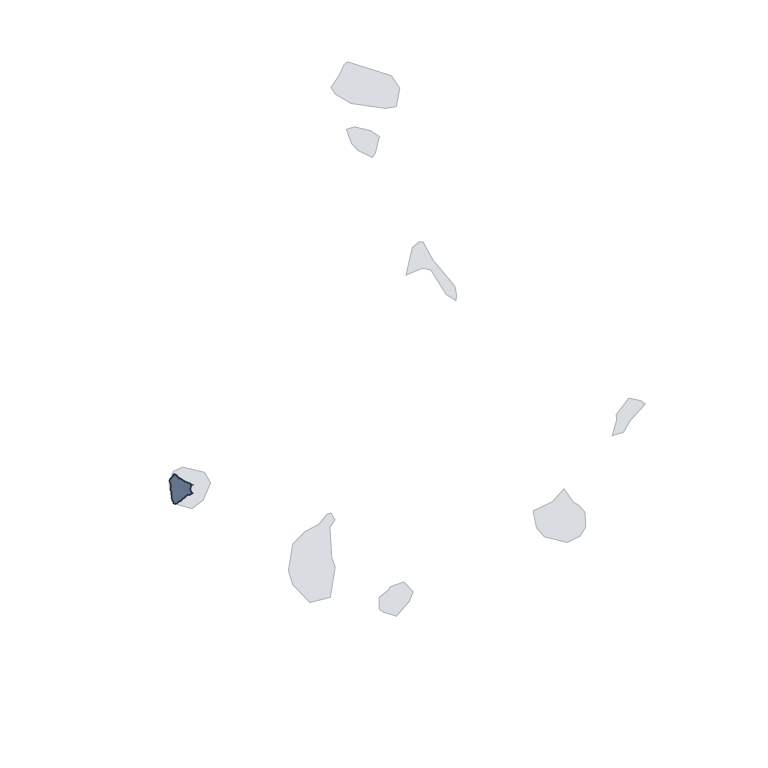 Nossa Senhora Da Conceicao, São Filipe, Cabo Verde (highlighted), rotated 43°
{"feature_id": "66160863B39753348448887", "entity_name": "Nossa Senhora Da Conceicao", "entity_type": "district", "adm_level": 2, "iso_a3": "CPV", "parent_name": "Cabo Verde", "parent_adm1": "São Filipe", "projection": "albers", "projection_center": [-24.43, 14.881], "detail": "fine", "context": "in_parent", "style": "filled", "palette": "slate", "viewbox_px": 768, "rotation_deg": 43, "n_neighbors": 0, "source": "geoboundaries", "source_scale": "gbopen_adm2", "svg_char_len": 5291}
<svg xmlns="http://www.w3.org/2000/svg" viewBox="0 0 768 768"><g transform="rotate(43 384 384)"><path d="M490.2,576.5L478.9,594.3L454.1,593.0L441.4,585.7L426.4,563.4L426.8,546.1L432.0,531.1L431.1,518.0L433.1,514.6L440.8,516.8L442.1,525.6L464.7,547.0L473.1,551.1L490.2,576.5ZM168.6,201.3L150.6,205.2L143.0,203.3L140.5,187.9L136.9,177.7L137.7,173.2L179.2,153.5L193.8,156.9L203.9,172.7L197.0,181.5L168.6,201.3ZM587.1,337.9L602.6,341.3L608.5,340.0L618.4,340.7L629.0,350.8L631.1,361.6L626.0,375.1L605.5,386.4L593.6,385.2L579.6,375.1L587.5,355.1L587.1,337.9ZM328.6,606.2L314.0,613.6L303.8,610.4L294.1,602.8L289.5,591.7L293.3,582.2L312.9,571.0L324.6,574.6L330.9,592.1L328.6,606.2ZM369.3,264.2L377.0,269.9L379.6,274.0L368.2,276.1L340.5,268.7L333.1,273.3L325.8,289.3L311.7,265.0L312.7,256.1L315.7,253.5L335.3,259.9L369.3,264.2ZM539.1,551.3L533.9,552.0L526.0,543.3L527.7,531.3L526.8,528.1L533.6,515.1L547.2,516.2L550.7,525.7L551.4,545.4L539.1,551.3ZM221.0,226.3L205.8,230.9L196.3,230.3L182.8,223.4L187.1,216.0L201.8,207.8L211.9,206.1L220.1,220.8L221.0,226.3ZM592.0,256.2L586.1,266.1L578.7,251.6L574.8,248.2L572.7,227.3L583.4,221.0L588.7,220.5L589.0,242.1L592.0,256.2Z" fill="#d9dde1" stroke="#a8b0b8" stroke-width="1"/><path d="M313.1,614.4L313.2,613.9L313.3,613.9L313.4,613.7L313.5,613.4L313.6,613.1L313.7,612.9L313.9,612.7L314.0,612.4L314.0,612.1L314.2,611.7L314.1,611.3L314.1,611.2L314.0,610.9L314.1,610.7L314.0,610.4L314.1,610.2L314.2,609.9L314.3,609.8L314.3,609.7L314.3,609.4L314.5,609.4L314.5,609.2L314.7,608.9L314.8,608.8L314.9,608.7L315.1,608.4L315.2,607.8L315.2,607.7L315.3,607.3L315.3,607.2L315.2,606.9L315.0,606.7L315.0,606.4L314.9,606.3L314.9,606.2L315.0,606.1L315.1,605.7L315.1,605.2L315.2,604.9L315.3,604.8L315.3,604.6L315.4,604.3L315.5,604.0L315.6,603.9L315.6,603.7L315.7,603.3L315.7,603.2L315.7,602.9L315.6,602.6L315.7,602.4L315.8,602.2L315.8,601.8L315.6,601.6L315.6,601.4L315.7,601.0L315.7,600.9L315.8,600.7L315.9,600.2L315.8,599.9L315.8,599.7L315.8,599.4L315.9,599.2L316.1,599.0L316.1,598.8L316.4,598.8L316.6,598.6L316.7,598.4L316.9,598.2L317.4,598.1L317.5,597.8L317.5,597.7L317.7,597.3L317.7,596.9L317.8,596.7L317.9,596.3L318.2,595.8L318.2,595.6L318.2,595.4L318.3,595.2L318.3,594.6L318.4,594.4L318.2,594.4L317.9,594.4L317.6,594.3L317.4,594.4L317.1,594.4L316.6,594.4L316.4,594.2L315.9,594.1L315.7,594.1L315.5,593.9L315.4,593.8L315.0,593.5L314.9,593.6L314.8,593.4L314.6,593.3L314.5,593.2L314.4,593.2L314.1,592.9L313.8,592.8L313.8,592.7L313.7,592.3L313.6,591.8L313.5,591.6L313.3,591.5L313.2,591.4L313.0,591.2L312.8,591.0L312.8,590.9L312.8,590.7L312.7,590.6L312.5,590.2L312.4,590.1L312.3,589.8L312.2,589.8L312.3,589.4L312.2,589.3L312.2,589.1L312.4,589.0L312.5,588.8L312.6,588.6L312.4,588.7L312.3,588.8L312.2,588.8L311.8,588.8L311.5,588.9L311.4,588.9L311.2,588.9L311.1,589.0L310.9,589.0L310.8,588.9L310.7,588.9L310.3,588.9L310.1,589.0L309.9,589.0L309.6,589.1L309.5,589.3L309.4,589.4L309.2,589.4L309.1,589.5L308.9,589.5L308.7,589.7L308.4,589.8L308.2,589.8L308.0,590.0L307.9,590.0L307.8,589.9L307.7,589.9L307.5,590.0L307.4,590.1L306.9,590.2L306.7,590.3L306.3,590.5L306.2,590.5L305.8,590.7L305.7,590.8L305.6,591.0L305.4,591.1L305.1,591.0L304.9,591.2L304.4,591.3L304.1,591.2L303.9,591.2L303.6,591.1L303.4,591.2L303.3,591.3L303.2,591.4L302.9,591.4L302.7,591.5L302.2,591.6L301.9,591.6L301.6,591.6L301.4,591.6L301.0,591.7L300.9,591.8L300.8,591.7L300.6,591.7L300.3,591.8L300.1,591.7L299.9,591.9L299.6,592.0L299.4,592.1L299.2,592.2L299.2,592.3L298.9,592.3L298.7,592.3L298.3,592.4L298.2,592.4L298.2,592.5L298.1,592.4L298.0,592.5L297.9,592.4L297.7,592.5L297.3,592.5L297.1,592.6L296.9,592.6L296.6,592.5L296.4,592.6L296.2,592.6L295.8,592.6L295.7,592.5L295.5,592.4L295.4,592.4L295.3,592.5L295.2,592.4L295.1,592.5L295.0,592.4L294.9,592.3L294.7,592.2L294.7,592.3L294.4,592.3L294.3,592.5L294.2,592.5L293.9,592.6L293.7,592.7L293.4,592.7L293.2,592.6L292.9,592.6L292.7,592.6L292.4,592.8L292.3,593.0L292.1,593.4L292.1,593.5L291.9,593.6L291.8,594.0L292.0,594.1L291.9,594.0L291.9,593.9L292.0,593.8L292.0,593.7L292.1,593.8L292.3,593.9L292.4,594.1L292.5,594.3L292.5,594.6L292.4,594.7L292.4,594.9L292.3,595.0L292.4,595.8L292.5,595.9L292.5,596.2L292.5,596.4L292.5,596.9L292.4,597.2L292.5,597.8L292.5,598.1L292.4,598.6L292.3,599.0L292.3,599.3L292.6,600.0L292.7,600.5L292.8,600.9L293.0,601.2L293.2,601.3L293.7,601.5L294.0,601.7L295.0,602.0L295.4,602.3L295.6,602.4L295.9,602.5L296.1,602.6L296.4,602.8L296.5,603.0L297.1,603.4L297.2,603.5L297.3,603.6L297.5,603.8L297.9,604.2L298.1,604.3L298.3,604.7L298.4,605.0L298.6,605.1L298.8,605.5L298.9,605.8L299.0,606.0L299.4,606.2L299.4,606.3L299.6,606.5L299.7,606.8L299.9,606.9L300.0,607.0L300.4,607.1L300.7,607.2L300.8,607.3L301.5,607.5L301.8,607.5L302.2,607.8L302.4,607.9L302.5,608.1L302.7,608.3L302.8,608.5L303.1,609.0L303.4,609.3L303.7,609.5L303.8,609.7L303.8,609.8L304.1,610.0L304.6,610.2L304.7,610.3L304.9,610.4L305.0,610.5L305.3,610.9L305.5,611.2L305.6,611.4L305.7,611.7L305.9,611.8L306.1,611.9L306.4,612.2L306.8,612.3L307.1,612.6L307.3,612.8L307.5,612.9L307.8,612.9L308.3,613.1L308.5,613.3L308.6,613.6L308.8,613.8L309.0,613.8L309.3,613.9L309.4,613.7L309.6,613.7L309.9,613.7L310.5,613.8L311.1,614.2L311.2,614.3L311.3,614.3L311.5,614.4L311.5,614.5L311.6,614.4L311.7,614.5L312.0,614.5L312.8,614.4L313.1,614.4Z" fill="#64748b" stroke="#1e293b" stroke-width="1.5"/></g></svg>